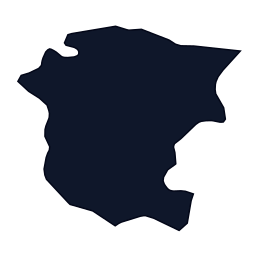 an SVG outline of Sololá, rotated 271°
{"feature_id": "GTM-1954", "entity_name": "Sololá", "entity_type": "Department", "adm_level": 1, "iso_a3": "GTM", "parent_name": "Guatemala", "parent_adm1": "", "projection": "natural_earth1", "projection_center": [-91.246, 14.721], "detail": "fine", "context": "isolated", "style": "filled", "palette": "ink", "viewbox_px": 256, "rotation_deg": 271, "n_neighbors": 0, "source": "natural_earth", "source_scale": "10m", "svg_char_len": 1417}
<svg xmlns="http://www.w3.org/2000/svg" viewBox="0 0 256 256"><g transform="rotate(271 128 128)"><path d="M220.2,66.3L221.4,70.1L229.5,113.8L226.2,125.2L225.8,127.2L226.9,139.7L216.6,167.6L212.6,174.0L211.1,179.4L211.1,192.4L206.9,238.9L187.5,221.9L180.9,217.2L176.1,215.2L173.2,214.6L168.1,214.4L163.7,215.1L149.9,223.3L138.6,225.2L137.2,224.3L135.7,223.2L135.5,221.5L135.5,219.7L136.7,213.1L136.9,211.3L136.7,205.9L136.0,201.2L135.0,198.7L132.8,195.7L118.3,181.1L113.1,174.7L111.7,174.2L109.8,173.8L104.2,175.3L93.0,176.4L92.6,176.0L86.9,168.4L79.5,164.4L75.7,164.0L72.6,165.2L70.9,166.3L68.5,168.2L67.1,169.7L66.3,171.3L65.9,173.0L65.7,174.7L66.1,182.0L65.7,186.5L63.2,194.5L56.5,192.4L33.9,188.9L26.5,180.9L38.3,155.2L40.7,147.0L40.6,145.0L40.0,141.8L33.8,123.0L32.4,120.3L30.0,116.9L44.5,94.2L50.6,71.4L52.5,69.4L75.3,47.4L79.6,45.7L85.5,44.8L97.0,46.7L101.5,48.2L104.4,49.7L107.9,50.1L118.2,45.1L125.0,45.1L128.5,45.9L136.5,48.9L138.0,49.1L141.3,49.2L144.0,48.6L149.5,46.7L156.3,38.9L162.9,28.1L172.7,17.1L178.7,20.3L181.2,28.1L186.0,37.7L189.0,40.3L190.5,40.6L191.8,40.7L194.0,41.1L196.7,41.9L202.5,44.4L204.7,46.4L205.7,48.2L205.4,49.7L204.1,52.4L202.6,54.9L198.5,60.0L197.8,61.3L197.4,63.6L197.4,66.7L198.1,73.0L199.2,75.7L200.5,77.3L201.9,77.5L203.4,77.5L204.7,76.9L205.8,76.1L206.5,75.0L207.2,73.9L207.8,72.5L209.7,64.6L212.0,63.0L220.2,66.3Z" fill="#0f172a" stroke="#020617" stroke-width="1.5"/></g></svg>